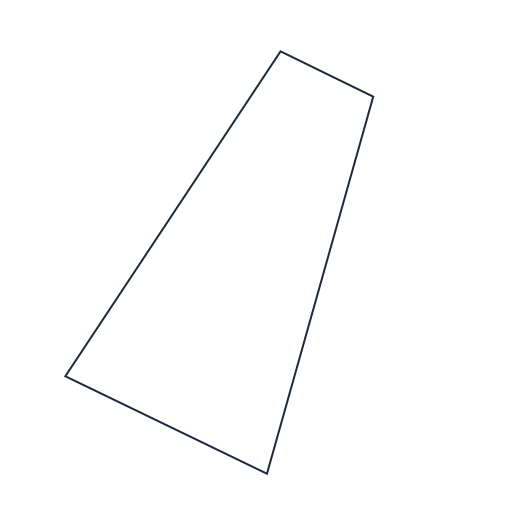 outline of Vlahita, Harghita, Romania, rotated 28°
{"feature_id": "2599482B68924224489535", "entity_name": "Vlahita", "entity_type": "district", "adm_level": 2, "iso_a3": "ROU", "parent_name": "Romania", "parent_adm1": "Harghita", "projection": "natural_earth1", "projection_center": [25.464, 46.352], "detail": "fine", "context": "isolated", "style": "outline", "palette": "slate", "viewbox_px": 512, "rotation_deg": 28, "n_neighbors": 0, "source": "geoboundaries", "source_scale": "gbopen_adm2", "svg_char_len": 223}
<svg xmlns="http://www.w3.org/2000/svg" viewBox="0 0 512 512"><g transform="rotate(28 256 256)"><path d="M367.9,443.1L284.7,60.3L181.6,63.8L144.1,451.7L367.9,443.1Z" fill="none" stroke="#1e293b" stroke-width="2"/></g></svg>